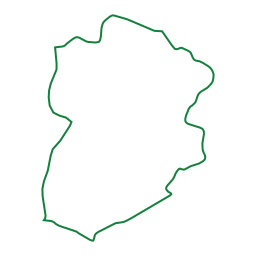 the border of Kassérine
{"feature_id": "TUN-110", "entity_name": "Kassérine", "entity_type": "Governorate", "adm_level": 1, "iso_a3": "TUN", "parent_name": "Tunisia", "parent_adm1": "", "projection": "natural_earth1", "projection_center": [8.892, 35.211], "detail": "fine", "context": "isolated", "style": "outline", "palette": "green", "viewbox_px": 256, "rotation_deg": 0, "n_neighbors": 0, "source": "natural_earth", "source_scale": "10m", "svg_char_len": 2146}
<svg xmlns="http://www.w3.org/2000/svg" viewBox="0 0 256 256"><path d="M43.9,220.2L45.1,218.5L45.6,215.8L42.6,196.0L42.4,188.7L44.0,181.1L47.8,170.6L50.6,156.1L52.7,149.2L60.2,140.8L69.9,125.8L71.5,122.0L66.0,117.6L59.4,115.6L53.4,112.6L49.7,105.6L48.7,97.5L49.1,90.4L50.8,83.5L56.5,69.6L56.6,63.8L55.1,47.4L57.9,47.0L62.7,46.5L64.7,45.7L67.4,43.1L73.1,38.8L75.0,37.7L76.3,37.2L77.7,37.3L78.5,37.4L79.3,37.7L86.2,41.4L88.0,41.9L95.3,42.5L98.7,42.0L99.2,41.5L100.0,40.1L100.4,38.8L100.9,36.2L101.5,28.2L101.9,26.5L102.4,24.7L103.0,23.1L103.4,22.4L104.4,21.2L105.9,19.8L109.5,16.9L111.2,15.9L112.5,15.4L114.1,15.5L127.0,19.2L154.3,30.8L162.1,31.3L171.9,45.4L174.9,48.9L175.6,49.1L176.3,49.2L177.0,49.1L177.7,49.0L179.8,48.1L180.6,47.9L181.3,47.8L181.9,47.9L188.2,50.8L189.7,51.8L190.7,52.7L192.6,57.2L193.7,59.2L194.6,60.0L195.5,60.5L199.5,61.3L202.8,62.8L208.5,66.4L209.8,67.4L211.1,68.8L212.0,70.2L213.0,72.3L213.4,73.7L213.6,75.0L213.3,78.5L212.7,81.2L212.1,82.4L211.2,83.7L209.4,85.7L207.3,87.8L201.8,91.1L200.2,92.3L198.8,93.7L198.2,94.7L197.6,96.0L195.8,101.4L195.2,102.3L194.4,103.4L192.0,105.6L190.4,106.6L189.6,107.6L188.7,109.0L186.2,115.2L185.4,118.2L185.3,118.9L185.3,119.6L185.3,120.4L185.4,121.1L185.6,121.7L185.9,122.1L186.4,122.7L187.7,123.6L188.2,123.9L200.2,127.7L201.9,128.6L202.6,129.1L203.1,129.8L203.5,130.6L203.8,131.4L203.9,132.3L203.9,134.4L202.5,142.7L202.4,145.0L202.6,148.5L202.9,150.5L203.6,152.5L205.0,155.5L205.1,156.2L205.2,156.6L205.2,157.2L205.2,157.8L205.1,158.5L204.9,159.2L204.2,160.1L203.0,161.2L198.9,163.6L190.9,166.1L184.7,169.4L184.3,169.5L183.8,169.6L182.5,169.4L179.8,168.6L178.9,169.0L178.0,169.9L176.4,172.1L175.2,174.4L175.0,175.1L173.7,177.9L172.7,179.5L167.5,185.4L166.5,187.0L166.1,188.2L166.2,189.0L166.6,189.7L167.1,190.5L167.7,191.2L168.3,191.8L170.5,193.0L171.1,193.6L171.3,194.2L169.9,195.5L130.9,218.4L126.2,220.9L123.2,222.1L116.0,223.1L114.7,223.6L98.4,231.9L96.7,233.0L95.4,234.3L95.0,234.9L94.8,235.6L93.8,239.2L93.3,240.6L91.9,240.6L89.7,239.7L78.7,233.3L76.5,231.6L59.1,225.8L55.9,224.0L54.0,222.3L51.7,221.1L45.8,220.4L43.9,220.2Z" fill="none" stroke="#15803d" stroke-width="2"/></svg>